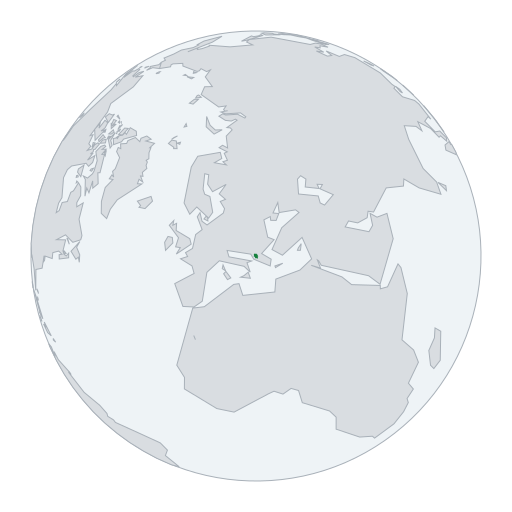 globe centered on Korçë, rotated 325°
{"feature_id": "ALB-1521", "entity_name": "Korçë", "entity_type": "County", "adm_level": 1, "iso_a3": "ALB", "parent_name": "Albania", "parent_adm1": "", "projection": "orthographic", "projection_center": [20.625, 40.584], "detail": "fine", "context": "on_globe", "style": "filled", "palette": "green", "viewbox_px": 512, "rotation_deg": 325, "n_neighbors": 0, "source": "natural_earth", "source_scale": "10m", "svg_char_len": 11074}
<svg xmlns="http://www.w3.org/2000/svg" viewBox="0 0 512 512"><g transform="rotate(325 256 256)"><circle cx="256" cy="256" r="225" fill="#eef3f6" stroke="#a8b0b8"/><path d="M163.0,50.8L170.5,48.1L164.2,50.8L168.0,49.6L176.2,46.5L180.7,44.8L205.2,40.7L232.7,36.8L240.6,34.6L239.5,36.4L253.9,32.2L268.4,32.0L252.5,33.0L251.3,33.9L261.3,33.7L262.2,34.7L267.5,35.3L267.7,36.6L258.4,37.8L258.3,38.8L265.5,38.7L270.1,40.4L259.7,40.3L266.7,43.4L252.5,47.1L224.5,47.8L217.0,52.9L189.2,62.2L192.1,63.2L183.4,68.2L183.6,71.4L178.3,72.7L183.0,74.2L187.7,72.4L191.3,72.6L191.8,74.5L185.3,76.3L184.1,75.6L182.4,77.2L178.9,77.4L181.0,78.4L173.0,80.8L181.6,81.3L175.8,85.7L170.3,86.5L170.0,82.6L156.6,76.5L151.0,77.1L143.3,81.4L130.5,96.9L124.6,99.5L117.2,105.9L120.8,105.9L127.9,101.0L132.7,103.2L140.8,97.6L143.9,97.9L152.6,94.2L152.1,99.0L147.0,106.0L139.8,109.5L137.4,112.9L144.9,113.4L132.2,124.3L125.1,139.5L121.7,142.2L113.8,139.7L112.1,129.4L101.9,128.2L109.3,133.6L100.8,141.1L99.7,144.5L100.6,147.1L104.2,146.2L101.5,150.0L93.1,145.6L95.5,142.0L98.1,143.3L97.2,138.8L91.5,136.7L87.6,141.2L83.2,135.1L80.3,138.3L77.8,139.2L82.6,134.2L73.8,143.3L68.0,140.8L55.9,157.8L66.9,139.2L70.2,132.4L73.2,126.2L71.2,128.8L77.9,118.5L78.9,116.8L90.6,103.1L103.3,90.4L117.0,78.7L131.6,68.2L146.9,58.9L163.0,50.8ZM58.0,148.5L56.4,151.8L54.9,154.4L58.0,148.5ZM35.2,211.4L35.2,211.5L36.0,209.2L36.2,213.2L33.7,223.2L35.8,218.5L34.6,227.6L36.5,243.0L35.8,244.0L37.0,269.1L42.4,288.8L43.6,299.5L42.6,302.3L45.3,308.6L45.4,311.7L60.0,336.4L70.4,354.2L72.1,364.2L67.3,367.5L72.2,384.6L67.0,378.6L58.8,365.0L51.7,350.8L45.5,336.2L40.4,321.2L36.3,305.9L33.3,290.3L31.5,274.5L30.7,258.7L31.1,242.8L32.6,227.1L35.2,211.4ZM52.8,162.6L45.4,185.2L46.4,177.8L46.8,177.9L49.3,170.9L52.9,161.1L54.7,155.6L52.8,162.6ZM56.7,160.2L57.7,157.1L57.2,159.5L56.7,160.2ZM182.6,44.0L176.3,46.4L168.6,49.2L173.7,47.0L182.6,44.0ZM197.5,40.2L194.8,41.3L190.7,41.6L193.5,40.9L197.5,40.2ZM246.1,33.2L240.8,33.6L245.6,33.0L246.1,33.2ZM268.3,35.2L269.5,34.9L271.7,35.4L268.3,35.2ZM152.2,91.8L152.4,93.0L150.7,93.0L152.2,91.8ZM155.8,89.2L153.8,88.5L155.2,87.2L156.4,87.7L155.8,89.2ZM274.0,38.0L277.3,39.3L272.4,38.2L274.0,38.0ZM158.0,90.5L157.9,85.0L160.5,82.8L167.2,82.9L158.0,90.5ZM278.1,40.1L286.2,43.6L289.6,43.0L284.5,47.1L279.4,42.5L272.8,41.1L277.3,41.1L278.1,40.1ZM189.0,71.1L184.0,73.0L187.7,69.7L189.0,71.1ZM190.5,69.0L196.6,59.6L204.3,58.0L200.7,61.2L210.2,58.2L210.9,61.9L205.8,64.5L200.7,64.7L204.9,66.1L190.5,69.0ZM280.4,49.1L281.0,50.3L278.6,49.3L280.4,49.1ZM193.0,72.4L193.6,70.5L200.3,68.9L200.4,72.5L198.2,71.8L193.0,72.4ZM212.4,55.7L217.4,55.3L219.3,58.2L221.5,58.6L211.6,61.9L212.4,55.7ZM196.9,73.1L200.2,74.4L197.6,77.0L192.9,74.2L196.9,73.1ZM202.0,67.1L205.2,66.6L203.4,68.0L202.0,67.1ZM190.0,87.4L190.5,84.7L194.0,83.6L190.0,87.4ZM201.7,74.7L202.6,73.9L204.0,73.2L205.6,74.6L201.7,74.7ZM213.7,63.9L213.4,65.3L217.8,62.6L219.4,65.0L212.5,66.9L216.2,67.1L216.7,67.8L210.5,68.6L213.7,63.9ZM211.5,74.2L203.3,77.9L201.6,82.8L198.4,83.9L201.8,75.9L211.5,74.2ZM211.5,70.8L210.8,73.1L207.2,73.1L205.4,71.5L211.5,70.8ZM223.0,66.0L222.3,61.9L223.8,61.6L223.0,66.0ZM211.8,75.6L213.7,74.7L212.0,75.9L211.8,75.6ZM220.4,68.9L219.9,67.4L221.7,67.1L220.4,68.9ZM218.1,74.3L215.4,75.4L214.1,74.3L218.1,74.3ZM219.7,71.8L222.2,71.8L215.3,73.2L219.2,71.1L219.7,71.8ZM222.1,68.9L223.0,68.3L222.0,69.6L222.1,68.9ZM224.5,78.2L216.0,80.2L213.2,77.6L221.8,75.9L224.5,78.2ZM136.4,358.5L121.1,323.8L127.8,314.4L128.5,300.0L174.3,262.4L184.6,267.9L221.5,266.5L226.2,268.9L222.6,280.7L250.8,296.3L259.0,286.3L283.9,292.7L299.9,290.3L304.4,267.2L278.1,270.5L272.8,259.9L293.3,247.6L316.2,245.0L314.9,240.9L299.9,233.7L304.5,224.7L294.6,230.5L299.0,234.3L292.9,238.4L288.5,235.2L290.3,231.9L283.2,230.9L276.4,247.3L280.2,253.0L262.0,257.2L266.6,267.3L261.9,272.3L252.3,257.3L252.8,251.5L235.5,234.9L233.4,241.2L249.6,257.6L244.8,256.3L242.0,265.9L240.3,257.6L223.2,238.9L206.4,241.2L186.1,262.2L176.0,262.2L167.2,255.4L173.6,232.0L195.3,234.8L197.9,227.4L192.6,215.0L199.7,217.2L200.2,212.8L208.3,213.4L218.9,203.8L227.0,203.5L230.4,190.2L235.0,188.4L231.7,196.6L233.7,202.5L253.8,202.1L257.4,199.2L258.0,190.8L263.5,192.1L261.5,184.0L272.6,180.2L257.3,178.4L257.6,169.4L263.9,162.3L261.2,159.2L251.0,170.9L249.4,176.0L252.4,180.8L245.6,195.4L238.9,197.8L235.6,181.9L225.7,183.8L227.5,171.3L254.0,146.0L265.5,140.9L286.2,150.6L283.9,156.5L275.4,155.7L284.0,164.4L283.0,159.8L287.5,161.2L288.9,153.6L292.2,154.2L287.9,146.1L292.1,146.1L294.7,151.2L300.4,140.7L308.8,139.0L308.5,136.4L305.8,134.1L318.4,133.9L317.6,132.1L313.2,131.3L308.7,127.3L305.8,120.2L310.3,120.5L312.0,123.1L322.2,129.3L326.0,136.6L327.5,136.1L325.4,129.9L312.8,122.2L309.8,117.9L316.1,120.7L313.6,119.4L313.5,117.4L317.6,115.9L310.9,112.5L303.7,92.3L311.0,87.9L317.4,92.2L317.2,80.2L325.4,77.4L321.3,76.6L318.4,71.0L315.8,71.8L313.6,71.0L305.1,58.5L306.5,56.2L298.2,51.0L296.1,50.7L294.5,52.0L284.5,47.1L289.6,43.0L294.1,43.7L294.2,41.1L304.5,43.4L313.0,44.5L324.2,49.3L330.0,50.2L329.3,49.2L336.7,50.1L354.2,56.5L342.9,55.8L317.3,49.6L328.0,52.2L326.4,53.2L330.7,55.2L338.2,57.3L338.5,56.5L354.7,69.8L374.4,81.2L371.0,75.3L374.6,74.8L393.9,85.4L421.7,113.8L426.8,115.7L430.9,119.7L434.8,126.3L429.0,120.5L427.9,122.3L424.0,118.4L428.4,127.9L423.0,122.7L429.1,133.2L433.0,135.2L431.1,128.3L438.7,140.3L444.0,141.7L450.8,150.3L462.8,177.3L465.8,193.2L467.2,197.0L465.2,197.7L467.3,209.6L475.1,219.5L476.6,225.0L477.7,244.2L476.9,240.5L471.5,242.4L474.0,257.1L478.2,259.0L479.8,268.5L478.1,271.3L476.1,263.4L474.1,263.7L472.1,251.6L465.6,238.8L463.7,248.6L461.4,241.6L452.2,234.3L448.0,248.0L443.1,280.2L446.4,299.0L442.9,311.5L428.7,293.8L421.3,277.7L416.9,283.3L401.7,274.9L377.5,287.4L373.5,283.6L369.0,288.4L358.3,287.2L351.9,280.4L345.7,283.3L362.5,300.9L369.1,297.8L373.9,286.5L377.4,293.6L387.7,296.2L378.3,320.5L341.4,350.3L336.9,336.7L304.1,301.0L304.6,295.9L304.4,295.4L304.0,294.4L301.9,302.9L295.9,295.3L314.4,322.4L317.9,334.3L340.9,351.4L339.0,354.2L346.1,356.7L367.8,343.9L368.1,348.6L358.4,373.5L327.5,408.4L331.2,423.4L328.1,436.2L307.9,447.6L308.6,455.2L298.0,459.4L296.7,463.4L287.6,468.2L272.8,472.6L248.7,473.2L248.0,470.4L237.1,463.8L222.3,443.8L229.2,434.0L227.4,425.2L209.8,402.7L213.7,390.6L208.8,384.6L198.9,384.6L193.2,377.1L187.0,376.0L148.5,371.3L136.4,358.5ZM159.4,285.4L158.4,289.8L159.4,285.4ZM341.4,253.6L354.5,250.1L347.0,237.7L351.4,235.5L347.2,232.3L346.4,236.9L335.9,227.7L341.0,221.6L338.6,215.8L334.1,216.8L326.4,229.6L341.4,242.5L339.0,249.4L341.4,253.6ZM36.7,243.3L36.6,247.1L36.1,244.7L36.7,243.3ZM44.8,180.5L44.1,183.8L43.1,186.9L43.4,185.0L44.8,180.5ZM42.6,207.2L42.5,211.7L41.8,208.6L42.6,207.2ZM44.7,188.6L42.5,204.0L41.4,199.3L43.0,189.8L42.9,194.1L44.7,188.6ZM53.7,163.9L52.8,166.5L52.0,167.6L53.7,163.9ZM56.3,162.0L56.4,161.4L57.5,159.1L56.3,162.0ZM101.3,141.3L101.8,141.8L102.0,145.0L100.4,144.5L101.3,141.3ZM112.3,153.9L107.6,159.8L109.8,155.1L106.6,155.3L107.2,146.0L120.0,143.1L114.1,145.9L112.3,153.9ZM111.7,133.6L109.8,139.3L111.3,133.2L111.7,133.6ZM195.1,189.5L198.1,192.8L195.4,197.6L185.1,199.5L189.0,192.4L195.1,189.5ZM203.0,196.6L202.6,181.1L209.0,179.8L205.5,183.1L209.7,183.7L205.2,189.3L211.7,203.8L209.7,209.1L191.8,208.7L198.8,205.7L195.4,202.4L203.0,196.6ZM190.4,148.5L190.3,143.0L204.2,147.0L202.7,151.7L192.3,153.5L188.1,149.0L190.4,148.5ZM170.0,92.3L169.1,90.8L170.9,90.2L173.2,90.9L170.0,92.3ZM189.9,86.2L176.0,98.3L174.2,97.1L168.2,106.2L161.2,106.8L165.3,100.8L155.4,108.4L156.4,103.2L150.2,108.9L160.1,95.4L160.5,91.4L162.7,95.5L169.1,94.9L172.1,93.5L180.6,86.8L184.7,78.6L191.8,77.2L195.7,78.4L195.7,80.1L191.1,80.4L194.6,82.6L188.0,84.3L189.9,86.2ZM237.1,100.2L231.7,98.6L237.5,105.5L231.0,106.4L232.0,107.1L227.6,110.0L224.0,114.9L220.9,114.6L220.9,116.7L217.9,118.8L216.8,121.7L210.9,122.3L209.1,125.9L207.3,124.2L205.7,130.4L204.2,126.1L200.3,128.8L203.8,131.5L174.6,130.4L163.5,134.1L155.1,139.7L153.7,132.3L160.7,122.6L171.8,113.4L182.7,111.3L180.1,108.6L184.5,106.9L184.7,109.7L187.1,104.4L190.8,103.8L200.7,97.2L201.7,90.5L205.4,88.1L206.8,90.5L209.4,86.5L214.6,89.6L217.3,88.0L225.2,89.8L226.4,95.7L229.3,93.6L235.4,95.1L237.1,100.2ZM226.6,78.8L229.5,85.1L227.3,88.8L214.6,84.3L211.4,85.3L203.2,83.1L206.5,77.9L208.6,78.9L211.3,78.8L209.2,80.4L213.0,79.0L215.9,80.5L219.6,79.9L219.6,82.0L226.6,78.8ZM231.2,264.5L234.7,265.2L240.3,264.8L238.6,271.0L231.2,264.5ZM219.3,252.0L222.5,251.4L222.8,259.5L219.1,259.0L219.3,252.0ZM223.9,244.4L222.6,250.7L221.1,247.0L223.9,244.4ZM234.6,195.8L238.0,194.8L238.4,196.8L236.7,199.7L234.6,195.8ZM252.9,122.8L250.1,120.8L251.0,119.8L248.8,113.6L253.5,112.8L256.7,116.1L252.9,122.8ZM300.1,271.8L295.7,276.8L293.2,275.1L295.2,273.7L300.1,271.8ZM265.8,275.0L273.8,277.3L265.3,276.7L265.8,275.0ZM257.6,120.8L256.1,118.3L259.4,119.5L257.6,120.8ZM256.8,111.9L260.6,112.6L253.8,112.0L256.8,111.9ZM364.2,423.6L347.1,447.1L337.1,450.2L336.3,445.6L343.4,432.5L355.2,425.4L361.4,417.6L364.2,423.6ZM479.3,285.7L478.1,287.8L472.3,278.2L474.5,273.5L479.7,273.0L479.5,276.5L480.3,276.7L479.4,284.7L479.3,285.7ZM481.2,262.3L481.2,259.0L481.1,252.5L481.2,249.1L479.6,228.9L481.0,245.6L481.2,262.3ZM447.3,300.1L451.8,307.3L449.5,311.7L447.3,300.1ZM474.7,202.0L477.4,214.6L474.2,200.1L474.7,202.0ZM471.4,190.2L472.4,193.4L472.0,192.1L471.4,190.2ZM469.4,201.9L469.5,206.5L468.4,204.1L467.6,196.9L469.4,201.9ZM456.0,157.9L460.2,165.0L461.7,168.1L459.7,165.5L456.0,157.9ZM295.6,113.4L293.4,122.6L294.9,129.4L300.7,133.2L291.6,132.1L289.3,121.6L295.6,113.4ZM302.2,94.6L297.2,91.9L299.9,90.8L301.4,91.3L302.2,94.6ZM298.8,94.6L291.6,95.5L289.1,92.6L295.3,92.3L298.8,94.6ZM274.7,107.5L273.7,110.2L271.1,109.1L274.7,107.5ZM470.8,188.1L471.4,190.3L466.3,177.3L465.3,173.8L469.6,184.7L469.8,185.1L470.8,188.1ZM431.3,116.6L428.7,114.1L426.3,110.6L428.8,113.3L431.3,116.6ZM416.1,98.3L424.8,108.9L431.3,118.3L431.6,117.7L437.3,124.7L434.3,122.6L426.2,112.1L422.1,106.1L416.9,101.0L411.1,94.7L405.3,90.3L401.3,86.7L405.3,89.0L416.1,98.3ZM402.9,88.8L390.7,80.5L388.4,76.7L390.5,77.7L397.1,82.9L398.0,84.5L402.9,88.8ZM387.1,77.5L387.8,79.2L371.3,73.6L367.3,71.7L378.5,73.1L379.8,74.9L384.3,77.1L387.1,77.5ZM283.2,50.1L281.2,50.2L282.1,49.4L283.2,50.1ZM312.3,71.6L309.4,70.4L310.6,69.2L312.3,71.6ZM302.3,66.7L302.9,68.8L300.4,66.4L302.3,66.7ZM304.8,73.9L302.3,69.6L307.4,74.0L304.8,73.9Z" fill="#d9dde1" stroke="#a8b0b8" stroke-width="1"/><path d="M255.9,254.0L256.0,254.0L256.2,254.4L256.2,254.6L256.3,254.7L256.3,254.8L256.5,254.8L256.6,254.7L256.8,254.7L257.0,254.8L257.0,255.0L256.9,255.3L257.0,255.3L257.1,255.5L257.2,255.8L257.2,256.0L257.0,256.3L256.9,256.4L256.9,256.5L256.7,256.4L256.6,256.5L256.4,256.6L256.4,256.8L256.4,257.0L256.2,257.2L256.2,257.3L256.2,257.5L256.1,257.8L256.0,258.0L255.9,257.9L255.7,257.7L255.6,257.4L255.7,257.2L255.5,256.9L255.5,256.7L255.4,256.7L255.5,256.6L255.4,256.5L255.4,256.3L255.4,256.2L255.3,255.9L255.2,255.9L255.2,255.7L255.0,255.4L255.4,255.3L255.5,255.3L255.5,255.2L255.4,254.9L255.3,254.7L255.4,254.4L255.5,254.3L255.7,254.2L255.8,254.2L255.9,254.3L255.9,254.2L255.9,254.0Z" fill="#22c55e" stroke="#15803d" stroke-width="1.5"/></g></svg>